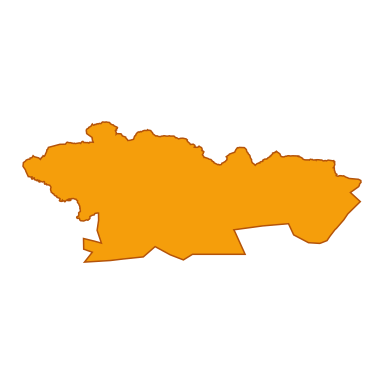 the district of Bayantes, Dzavhan, Mongolia
{"feature_id": "93677404B69236363496487", "entity_name": "Bayantes", "entity_type": "district", "adm_level": 2, "iso_a3": "MNG", "parent_name": "Mongolia", "parent_adm1": "Dzavhan", "projection": "natural_earth1", "projection_center": [96.047, 49.77], "detail": "fine", "context": "isolated", "style": "filled", "palette": "amber", "viewbox_px": 384, "rotation_deg": 0, "n_neighbors": 0, "source": "geoboundaries", "source_scale": "gbopen_adm2", "svg_char_len": 5906}
<svg xmlns="http://www.w3.org/2000/svg" viewBox="0 0 384 384"><path d="M320.7,243.1L327.0,240.6L329.9,236.3L335.1,229.5L336.3,228.5L343.8,219.8L347.8,213.9L360.3,201.6L350.4,192.5L358.7,186.6L359.5,184.9L359.6,183.9L361.0,182.4L360.8,180.5L358.5,179.3L348.8,178.4L347.8,177.8L345.3,176.9L344.8,176.4L343.5,175.8L342.8,176.0L341.0,175.7L339.3,175.7L338.0,176.3L336.2,175.6L336.4,174.8L336.8,174.3L336.2,174.0L335.1,172.6L334.9,171.2L334.4,170.4L334.3,167.9L333.4,167.7L333.9,167.2L334.8,164.5L334.6,163.2L334.3,162.7L334.6,162.4L334.2,161.9L334.5,161.5L334.0,161.3L333.7,160.6L332.9,160.8L328.1,160.1L326.4,160.9L325.1,160.5L323.9,160.9L323.0,160.8L322.1,160.2L320.9,159.9L320.2,160.1L319.4,159.8L316.9,159.7L316.3,159.8L316.1,160.3L315.7,159.9L315.1,159.8L314.5,160.0L313.1,160.0L312.2,159.4L311.7,159.6L310.7,159.2L309.9,159.5L309.4,160.1L308.9,159.9L305.7,159.9L304.3,159.7L303.0,159.2L302.6,158.4L302.3,158.3L301.8,157.8L300.0,156.9L298.2,156.5L298.5,156.0L292.8,155.8L290.2,156.0L288.9,155.7L287.1,155.9L286.6,156.3L285.5,156.2L284.0,156.9L282.1,156.8L281.0,156.3L280.4,155.3L280.1,154.2L279.6,153.7L278.5,152.8L277.7,152.4L276.4,151.2L276.0,151.5L275.9,152.0L275.5,152.0L275.2,152.4L274.7,152.3L274.2,152.8L273.3,152.8L272.6,153.1L272.7,153.8L272.2,154.2L271.7,154.9L271.0,155.3L270.9,155.9L270.1,156.1L269.9,156.3L269.8,156.9L268.0,157.7L267.5,158.5L266.0,159.2L265.0,159.0L264.0,159.6L263.7,159.6L263.3,160.1L262.8,160.2L262.7,161.4L261.0,161.6L259.9,162.3L259.8,163.0L258.8,162.9L258.2,163.3L257.0,163.6L256.3,164.3L255.7,164.7L255.2,165.3L254.0,164.0L252.3,162.8L251.7,161.4L251.5,160.5L251.6,159.7L250.4,157.8L249.9,155.6L249.2,154.7L248.5,154.1L247.7,152.5L246.9,151.8L246.7,151.3L246.4,149.7L245.6,148.7L244.3,147.6L239.2,147.4L238.2,147.9L237.4,147.7L235.8,149.8L234.7,152.2L229.4,154.1L228.5,155.3L227.8,155.5L226.2,156.8L227.0,157.5L227.1,158.0L226.8,159.1L227.0,159.7L225.5,161.1L225.3,161.6L224.4,161.9L223.3,162.7L221.9,163.2L221.5,164.2L221.2,164.6L219.3,164.9L218.7,164.4L217.9,164.7L213.9,162.7L213.9,162.2L213.5,161.7L212.2,161.3L212.1,160.7L210.9,159.5L209.2,159.2L208.1,158.5L204.5,157.3L204.1,157.4L204.1,157.0L202.4,154.8L203.2,153.5L203.3,152.8L203.9,151.9L203.5,151.3L201.9,150.6L202.2,150.1L201.9,148.2L201.2,147.4L200.5,147.2L199.2,146.2L198.7,146.3L197.9,147.3L194.8,147.3L194.3,147.1L195.1,146.3L194.8,145.3L193.3,144.2L190.4,144.5L189.8,143.4L188.1,142.0L187.0,140.6L187.3,139.9L186.1,138.9L182.9,138.2L180.5,138.3L178.6,138.9L176.6,137.7L175.5,137.7L174.5,136.4L173.8,136.1L170.2,136.1L169.7,135.8L167.1,136.2L163.9,135.7L163.2,136.0L161.2,136.2L160.7,136.6L159.6,136.6L158.2,136.4L157.3,135.9L155.6,135.9L152.8,133.7L152.5,132.7L151.3,131.5L150.8,130.6L149.6,130.3L148.5,130.3L147.5,129.7L147.0,130.5L144.4,130.4L142.7,131.0L141.4,131.8L140.5,131.5L140.1,131.6L139.9,132.0L139.5,132.2L138.6,131.9L137.9,132.2L137.3,132.6L136.0,134.2L135.6,135.5L134.7,136.0L134.2,137.1L133.9,138.4L133.5,139.3L130.1,140.3L127.8,140.5L127.3,139.5L125.9,138.0L125.7,137.1L122.3,135.9L121.3,134.0L120.7,133.8L116.6,133.6L116.2,134.1L116.2,132.3L115.4,130.8L116.4,130.1L116.1,129.9L116.2,129.0L117.1,128.6L117.5,127.7L117.1,127.2L114.2,125.9L113.3,124.9L112.1,124.7L110.2,123.6L109.7,122.6L109.3,122.4L107.8,122.3L106.0,121.9L105.0,122.3L104.4,122.1L102.4,122.0L100.9,123.6L99.3,123.4L98.0,124.0L97.1,123.7L95.9,124.6L95.1,124.3L94.0,125.1L93.4,125.2L92.3,124.0L90.8,126.4L90.3,126.5L89.5,127.1L88.7,127.4L88.5,128.2L87.0,128.9L86.3,130.0L86.3,131.3L86.6,131.9L86.5,132.9L86.8,133.7L92.0,137.4L92.3,138.2L92.1,138.4L92.5,140.5L93.2,141.8L93.3,142.3L91.0,142.2L90.3,142.4L89.7,142.2L89.2,142.5L88.9,143.1L87.2,142.5L86.0,142.7L85.0,142.4L84.0,142.6L82.9,141.4L82.1,141.6L80.9,142.9L80.7,143.4L80.3,143.1L79.4,142.9L75.1,143.6L74.3,143.2L73.2,143.5L72.4,143.1L71.7,143.2L70.9,142.7L69.1,142.7L67.2,142.2L66.6,142.6L65.4,144.2L59.9,144.3L48.4,147.4L47.7,149.2L47.1,149.6L46.8,150.1L46.8,150.9L46.2,152.6L45.6,153.6L45.3,154.7L44.4,156.2L44.2,156.3L43.1,155.7L42.6,156.9L41.4,157.5L41.3,158.2L40.9,158.5L40.4,159.4L38.7,157.9L34.2,156.7L33.1,155.7L31.9,157.7L30.1,158.0L30.0,158.9L29.7,159.2L28.3,159.2L26.2,160.1L25.4,161.2L23.4,162.6L23.0,166.1L23.1,166.5L25.4,169.8L25.9,171.4L28.3,176.6L28.6,176.5L31.0,177.1L32.0,176.8L32.1,177.0L31.4,177.7L31.6,178.7L32.0,179.1L32.7,179.0L33.3,178.1L34.3,178.0L34.3,178.8L34.5,179.1L34.5,179.6L34.7,179.8L36.0,179.9L36.2,180.4L36.5,180.6L36.9,180.5L37.6,180.0L37.8,180.8L38.1,181.0L38.9,180.5L39.4,180.5L39.6,180.6L39.5,180.9L38.9,181.4L39.0,181.8L39.2,182.0L39.9,182.0L40.9,181.4L42.7,182.0L43.8,181.5L44.3,181.6L44.5,182.0L44.4,183.5L44.7,184.1L45.3,184.1L46.3,183.8L46.5,184.0L46.4,184.4L46.6,184.8L47.8,184.8L49.8,185.3L51.0,187.2L50.6,188.8L50.6,189.9L51.1,191.3L51.1,192.0L52.0,192.6L52.6,193.5L53.7,193.8L54.3,195.1L55.4,195.9L56.6,196.1L57.0,197.4L58.9,198.0L60.0,198.6L60.1,199.1L59.4,200.4L59.6,200.9L61.0,201.4L62.2,201.3L62.5,201.1L62.2,200.4L62.4,200.1L62.9,201.0L64.0,200.8L64.6,201.7L65.2,201.6L66.2,200.4L67.5,199.7L67.6,200.4L68.0,200.7L68.5,200.6L68.7,199.7L69.6,200.6L70.6,200.4L70.9,199.9L70.0,198.9L71.1,198.8L72.0,198.5L72.6,198.7L73.5,198.5L74.8,199.1L76.0,199.2L76.4,200.0L77.6,200.7L77.4,202.0L77.6,202.6L78.7,203.8L79.3,205.5L79.8,206.1L79.7,206.7L80.0,207.6L79.8,208.3L80.2,208.8L80.1,209.6L80.4,211.0L80.3,211.5L79.0,212.4L78.6,213.0L78.9,214.2L78.6,215.1L78.7,215.9L76.9,216.8L76.7,217.6L77.3,218.4L79.4,218.3L79.8,219.9L80.6,220.7L83.7,221.0L86.7,219.8L87.7,220.2L88.3,220.0L88.7,219.3L89.4,219.1L89.9,218.4L89.9,216.5L92.4,215.2L94.2,214.9L94.8,213.6L95.2,213.4L97.3,213.0L98.5,213.1L98.6,220.3L97.1,230.3L101.4,243.1L94.2,241.1L83.5,238.5L83.7,249.2L92.3,252.2L84.5,262.1L110.5,260.5L123.0,259.0L143.3,256.9L155.1,246.6L170.2,254.8L183.4,259.9L192.5,254.3L245.1,254.3L235.1,232.2L233.8,229.8L262.7,225.9L288.5,223.7L293.7,234.9L308.5,242.7L319.6,243.4L320.7,243.1Z" fill="#f59e0b" stroke="#b45309" stroke-width="1.5"/></svg>